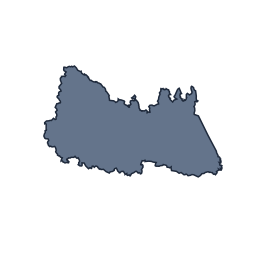 Ballinamore-Lea-6, Leitrim, Ireland (Mercator projection), rotated 149°
{"feature_id": "5873133B64566250281518", "entity_name": "Ballinamore-Lea-6", "entity_type": "district", "adm_level": 2, "iso_a3": "IRL", "parent_name": "Ireland", "parent_adm1": "Leitrim", "projection": "mercator", "projection_center": [-7.852, 54.028], "detail": "fine", "context": "isolated", "style": "filled", "palette": "slate", "viewbox_px": 256, "rotation_deg": 149, "n_neighbors": 0, "source": "geoboundaries", "source_scale": "gbopen_adm2", "svg_char_len": 5854}
<svg xmlns="http://www.w3.org/2000/svg" viewBox="0 0 256 256"><g transform="rotate(149 128 128)"><path d="M66.9,47.3L67.4,48.2L68.2,48.4L68.4,49.2L67.6,50.0L67.6,51.1L67.1,50.4L66.6,50.8L66.2,50.5L65.8,51.2L66.2,51.6L65.3,51.8L65.7,52.8L65.1,53.2L65.2,53.7L64.7,53.8L64.9,54.2L64.6,54.8L64.6,56.0L65.6,57.1L65.0,58.0L64.8,61.1L64.2,62.7L63.2,80.9L61.4,102.1L64.2,105.5L63.6,106.8L61.9,108.3L60.6,110.7L60.4,112.5L59.5,112.8L58.2,113.8L57.3,116.1L55.9,116.0L55.9,115.3L55.4,114.9L54.2,115.2L54.8,116.1L54.7,117.2L54.3,118.2L53.0,120.2L50.9,125.1L51.5,126.1L51.5,127.3L51.0,128.8L51.5,130.3L52.0,131.0L52.6,130.8L53.6,129.6L54.2,127.9L54.5,126.0L55.2,125.2L55.8,124.8L58.2,124.7L59.3,127.1L60.7,126.7L62.3,124.1L62.1,123.9L63.2,122.9L64.6,122.2L64.9,122.3L65.3,123.5L66.2,122.5L66.7,122.6L67.1,123.0L67.3,124.3L66.9,124.5L66.6,125.1L67.2,126.0L67.4,127.2L67.1,127.2L66.9,127.7L67.0,128.9L66.1,129.7L65.9,130.2L65.1,130.6L64.8,130.0L64.4,129.9L64.4,130.6L63.6,135.7L64.6,135.8L66.1,135.2L71.2,131.6L72.2,131.4L72.4,131.0L72.4,129.9L71.3,127.7L74.3,128.2L76.3,127.3L77.1,130.2L77.1,131.5L76.4,131.7L77.1,133.1L76.8,133.6L76.9,134.2L76.7,134.8L75.7,135.3L74.3,134.7L74.5,136.6L73.7,138.0L73.9,139.4L73.6,139.8L74.8,141.3L75.1,142.1L75.8,141.7L76.8,141.9L76.9,142.5L77.6,142.7L77.6,143.8L79.1,144.0L79.4,144.8L79.8,144.6L80.2,143.6L81.2,142.5L82.8,142.1L83.1,141.5L83.0,140.6L85.6,138.7L87.2,136.7L88.9,135.8L88.8,134.4L89.4,132.9L90.7,133.3L93.9,133.4L95.1,134.3L95.6,135.3L97.5,136.2L99.2,135.6L99.1,133.8L100.1,132.8L101.0,130.2L101.3,130.2L102.5,131.4L103.7,131.2L103.5,131.7L102.8,132.2L103.3,134.2L105.0,134.1L107.0,135.5L107.4,135.3L107.9,136.4L108.5,136.9L108.2,137.6L108.3,138.8L108.0,139.9L107.4,140.9L107.3,141.8L106.9,142.1L106.2,144.7L106.5,147.4L106.9,147.9L107.0,148.7L106.6,149.7L105.3,150.7L105.3,151.9L105.5,152.7L107.1,152.1L109.4,151.9L109.2,151.2L108.6,150.4L107.9,150.1L107.7,149.3L107.0,148.7L107.6,148.2L108.1,148.0L109.3,148.5L110.1,149.6L112.0,149.9L113.0,148.8L113.2,146.9L114.9,146.4L115.2,147.1L115.7,147.2L115.7,146.4L116.0,146.0L116.1,145.2L116.3,145.2L116.5,145.3L117.4,148.1L118.3,149.2L118.8,150.7L118.6,151.2L117.3,152.4L117.4,153.2L119.7,155.9L120.7,156.3L121.4,158.0L122.3,156.6L123.4,156.1L125.3,156.2L125.6,157.4L126.3,158.7L129.5,161.1L129.6,161.3L128.9,162.7L128.2,164.9L127.5,165.2L127.4,166.7L127.7,170.4L128.1,170.9L127.3,173.1L127.4,175.0L128.3,176.0L128.7,179.9L129.0,180.0L129.6,181.3L130.8,182.5L130.9,183.7L132.0,183.9L131.9,184.4L133.0,184.7L133.7,185.3L134.6,186.6L134.9,187.7L135.9,188.2L136.2,192.1L135.8,192.1L136.5,195.0L136.9,195.1L137.5,196.6L138.2,196.1L139.5,198.7L139.0,200.8L139.6,200.7L141.4,203.5L141.3,206.0L142.0,208.7L144.0,208.9L144.4,209.9L145.5,209.9L146.5,211.0L147.6,211.3L149.5,211.2L151.0,212.8L151.7,213.1L153.1,211.1L153.3,210.2L152.2,207.9L154.5,206.9L154.7,206.6L154.3,205.0L155.6,204.5L156.1,205.3L158.4,206.5L158.9,205.7L160.1,205.6L160.6,205.2L161.3,203.8L161.9,200.4L165.8,199.0L166.6,197.7L166.1,195.6L166.2,194.7L166.4,194.1L168.2,194.4L169.0,194.1L169.5,193.7L170.3,191.8L171.9,191.9L172.8,191.2L172.8,190.4L172.3,188.6L172.4,187.1L172.2,185.9L172.6,184.8L173.5,184.4L174.1,185.0L175.1,184.9L176.5,185.5L179.8,183.2L179.3,181.3L179.6,179.7L181.8,179.1L182.0,178.5L181.9,177.3L182.0,176.5L182.8,175.0L184.1,174.5L184.8,173.1L185.2,172.6L186.1,172.8L186.9,174.7L189.8,173.9L190.7,174.6L192.1,174.9L194.3,176.0L196.7,175.5L197.2,174.5L196.5,174.4L196.2,173.4L198.9,168.9L198.8,168.5L199.2,168.1L200.4,168.4L201.3,166.7L202.7,166.0L204.2,164.5L204.4,163.7L204.5,161.9L203.9,161.0L202.2,160.0L202.2,158.8L202.5,158.0L203.6,157.7L204.7,156.7L204.6,155.9L205.1,154.7L204.8,152.5L203.5,152.2L203.3,151.4L202.3,150.6L200.4,150.0L200.2,149.0L200.6,146.8L201.0,146.3L201.2,145.6L202.1,145.1L202.3,144.1L201.9,141.8L202.4,141.1L201.7,139.7L201.0,139.4L201.0,138.5L200.6,137.3L199.7,136.3L201.9,134.8L202.4,134.1L201.5,134.1L201.1,133.1L201.2,132.2L200.8,132.0L200.0,130.5L197.8,129.9L197.8,129.5L196.9,128.8L196.0,129.5L196.4,131.0L196.8,131.5L196.6,131.9L196.8,132.5L196.5,132.8L195.4,132.6L194.5,133.0L192.8,132.0L191.9,132.2L189.5,130.7L188.0,131.0L187.7,129.2L187.3,128.3L186.1,128.2L186.2,125.4L186.9,124.1L188.0,123.8L188.9,122.4L189.6,122.2L188.8,120.4L187.6,119.5L186.9,119.4L186.4,119.9L185.4,121.8L183.6,120.5L183.8,117.4L182.8,113.4L181.1,113.6L180.7,113.2L180.5,112.4L180.1,112.1L178.3,113.7L177.3,113.0L177.2,111.7L175.4,112.0L174.5,111.4L174.0,110.3L174.2,109.6L173.7,108.3L173.9,108.0L173.7,107.4L173.2,107.4L172.6,106.8L172.5,106.3L170.3,105.2L169.2,101.8L167.2,99.0L165.9,99.6L163.5,98.7L162.2,98.8L162.0,99.1L161.6,98.8L160.5,100.0L158.8,99.7L158.7,98.0L159.0,96.5L158.5,94.9L158.6,94.2L158.1,93.7L156.2,94.2L154.5,93.4L154.5,92.8L154.2,92.4L154.3,90.6L154.0,90.2L154.4,89.7L152.5,89.6L153.1,88.5L152.8,87.6L151.1,87.1L151.0,86.0L150.7,85.8L148.5,87.1L146.2,86.7L143.9,86.9L143.3,86.7L143.0,86.4L142.5,84.1L141.5,84.1L140.9,83.0L141.0,82.3L140.5,82.1L139.5,82.3L138.3,83.7L137.9,84.6L138.0,85.3L135.2,86.8L135.1,87.0L135.3,87.2L134.4,88.3L134.7,89.4L135.5,89.4L136.0,90.0L135.4,90.7L132.7,92.7L132.1,92.0L130.0,91.6L130.2,90.6L130.5,90.4L127.5,89.0L125.1,87.3L124.1,85.9L121.6,83.9L122.5,83.4L124.1,81.7L123.7,80.9L120.9,79.1L119.9,79.1L117.9,78.2L117.1,78.1L116.6,78.5L114.5,76.4L114.3,75.6L114.7,74.3L113.0,72.9L112.7,72.3L111.1,72.4L111.6,71.8L112.6,69.1L108.8,65.9L107.5,62.9L105.4,62.5L104.1,59.1L103.2,58.6L102.0,58.6L101.5,57.9L101.1,56.2L98.8,55.3L97.2,55.2L95.8,54.1L93.0,49.9L90.3,50.0L88.2,50.8L86.3,49.9L84.8,50.1L82.2,49.4L81.4,48.9L81.3,48.1L80.4,47.9L79.4,46.7L78.7,46.4L78.6,44.6L78.2,44.1L77.4,43.9L77.1,42.9L74.7,43.8L74.4,44.7L74.5,45.1L72.2,45.2L71.6,45.5L71.5,46.0L71.2,45.4L71.3,44.9L69.8,43.9L69.4,44.2L69.8,44.6L69.6,45.5L69.0,44.8L68.7,45.4L68.0,45.3L67.9,46.1L68.0,46.5L66.9,47.3Z" fill="#64748b" stroke="#1e293b" stroke-width="1.5"/></g></svg>